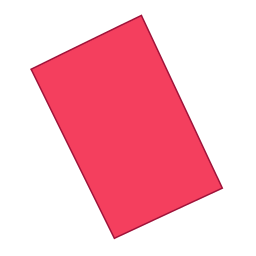 outline of Rancul, La Pampa, Argentina, rotated 334°
{"feature_id": "61730980B63706771284544", "entity_name": "Rancul", "entity_type": "district", "adm_level": 2, "iso_a3": "ARG", "parent_name": "Argentina", "parent_adm1": "La Pampa", "projection": "albers", "projection_center": [-64.79, -35.405], "detail": "fine", "context": "isolated", "style": "filled", "palette": "rose", "viewbox_px": 256, "rotation_deg": 334, "n_neighbors": 0, "source": "geoboundaries", "source_scale": "gbopen_adm2", "svg_char_len": 440}
<svg xmlns="http://www.w3.org/2000/svg" viewBox="0 0 256 256"><g transform="rotate(334 128 128)"><path d="M67.4,221.2L69.6,221.2L110.8,221.9L111.0,221.9L143.2,222.5L186.4,223.4L186.6,212.8L186.6,209.0L186.8,193.8L187.5,152.6L187.7,138.5L188.3,98.9L189.0,55.9L189.3,35.3L189.4,32.7L188.6,32.7L166.5,32.6L101.8,32.6L66.6,32.7L66.6,32.8L66.7,34.4L66.8,85.3L66.9,109.9L67.4,221.2Z" fill="#f43f5e" stroke="#9f1239" stroke-width="1.5"/></g></svg>